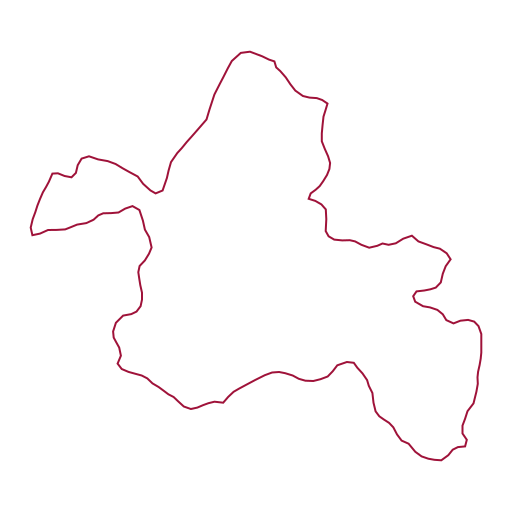 Novorizonte, Minas Gerais, Brazil
{"feature_id": "56859067B87379220502438", "entity_name": "Novorizonte", "entity_type": "district", "adm_level": 2, "iso_a3": "BRA", "parent_name": "Brazil", "parent_adm1": "Minas Gerais", "projection": "albers", "projection_center": [-42.401, -16.004], "detail": "fine", "context": "isolated", "style": "outline", "palette": "rose", "viewbox_px": 512, "rotation_deg": 0, "n_neighbors": 0, "source": "geoboundaries", "source_scale": "gbopen_adm2", "svg_char_len": 2818}
<svg xmlns="http://www.w3.org/2000/svg" viewBox="0 0 512 512"><path d="M223.2,402.7L228.2,396.9L233.6,391.8L239.1,388.6L246.0,384.9L255.0,380.1L264.8,375.2L272.1,372.5L279.1,372.0L285.2,373.2L292.7,375.5L298.8,378.8L305.4,380.7L313.3,381.0L320.5,379.2L327.7,376.5L332.7,371.3L337.3,365.3L346.9,362.0L353.8,362.8L357.3,367.7L362.5,373.4L367.1,380.1L368.8,385.8L372.4,393.0L373.5,402.7L375.6,411.4L379.3,416.3L383.7,419.4L389.1,422.9L393.3,427.3L397.0,434.4L401.6,440.6L408.6,443.7L415.3,451.8L421.6,456.4L428.3,458.7L434.4,459.8L441.3,460.3L448.3,455.2L452.7,449.7L457.9,447.1L465.1,446.4L466.8,439.8L462.5,433.5L462.5,425.6L465.1,418.7L467.5,411.2L473.5,403.4L476.4,391.7L477.8,383.8L477.5,377.3L478.1,371.7L479.6,365.1L480.7,358.7L481.3,352.7L481.3,345.5L481.3,334.0L478.5,326.1L474.2,321.6L468.1,319.9L460.4,320.7L453.5,323.4L446.3,320.1L442.8,314.3L437.4,309.9L430.0,307.4L423.0,306.2L415.2,301.7L413.2,296.2L416.5,291.4L424.3,290.5L430.4,289.3L435.8,287.6L440.8,282.4L442.8,273.7L445.7,266.2L450.6,259.3L446.7,253.3L439.9,248.7L433.6,247.1L426.6,244.4L418.4,241.4L411.9,235.7L403.2,238.7L395.8,243.3L388.6,244.8L382.5,243.5L377.3,245.8L369.2,247.7L361.4,244.8L355.1,241.4L349.8,240.2L342.2,240.4L334.2,239.6L328.6,236.3L325.7,231.1L326.3,219.2L325.8,209.4L321.4,204.4L315.3,200.9L308.7,198.8L310.7,193.4L315.6,189.8L319.7,186.1L323.1,181.3L327.0,175.0L329.4,169.0L330.1,163.0L328.1,156.3L324.8,148.9L321.8,141.3L321.8,133.4L322.6,124.7L323.5,116.6L325.2,111.2L327.5,103.6L322.2,100.0L316.8,98.1L309.5,97.6L302.9,96.0L295.3,90.6L290.4,84.3L285.7,77.3L280.2,71.0L276.2,67.4L274.4,61.4L269.0,59.6L262.2,56.3L250.0,51.7L240.8,52.9L231.8,61.0L227.8,68.3L223.4,77.0L220.0,83.5L214.4,94.5L209.5,109.5L206.5,119.5L193.9,134.0L186.6,142.2L181.7,148.2L177.3,153.0L171.0,162.1L168.6,170.5L166.9,178.0L162.6,190.5L155.6,193.4L150.4,190.4L143.1,183.8L137.7,176.5L129.5,172.1L122.5,168.2L115.6,164.0L107.7,161.1L98.1,159.4L89.0,156.3L81.6,158.6L77.7,165.2L75.9,172.9L71.5,177.3L64.6,176.0L57.9,173.3L52.4,173.6L48.9,181.7L46.1,186.9L42.9,192.3L40.0,199.0L37.4,205.6L35.3,212.2L32.7,219.2L30.7,227.6L32.4,235.2L40.0,233.6L48.0,230.0L56.7,229.9L65.2,229.4L70.5,227.3L77.1,224.6L86.3,223.1L93.6,219.7L98.3,215.4L103.2,213.3L111.2,213.1L118.5,212.5L125.2,208.6L132.5,206.1L139.4,210.0L142.9,220.6L144.9,229.6L149.2,237.1L151.6,247.5L149.0,253.7L144.9,260.4L139.6,266.0L138.3,272.2L139.2,278.3L140.3,285.2L142.0,292.7L142.0,299.6L140.6,306.2L136.5,311.6L131.3,314.1L123.1,315.6L115.9,322.8L113.1,331.5L113.7,337.6L116.3,342.4L119.2,347.6L120.9,355.7L117.6,363.6L121.7,369.0L128.5,371.9L135.4,373.8L141.7,375.5L147.3,378.4L152.5,383.4L158.6,387.0L163.5,390.6L168.4,394.3L173.6,397.0L177.9,401.1L183.8,406.5L190.8,409.0L197.3,407.6L203.2,405.1L208.4,403.2L214.5,401.7L223.2,402.7Z" fill="none" stroke="#9f1239" stroke-width="2"/></svg>